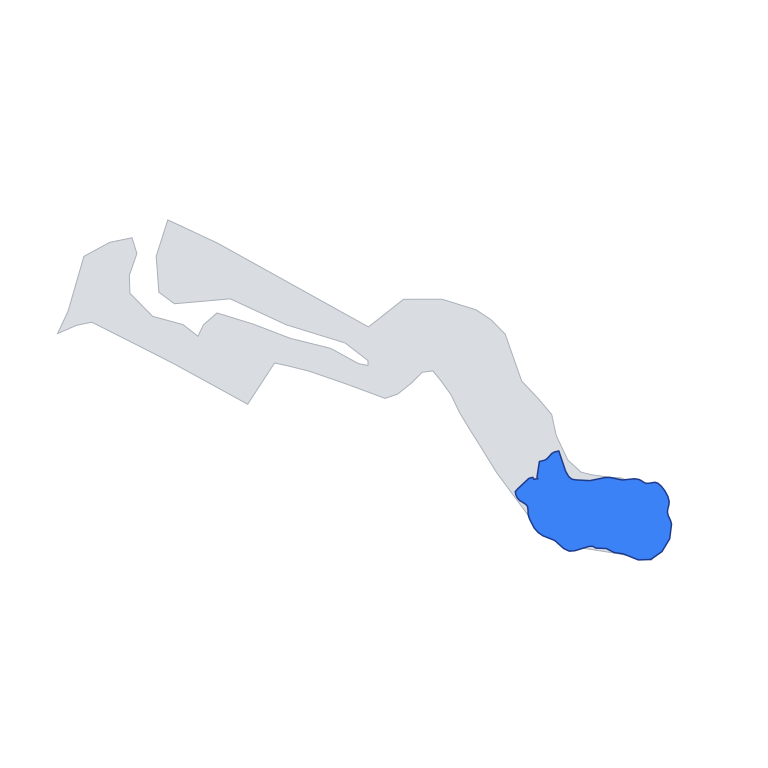 location of Upper River within Gambia, rotated 28°
{"feature_id": "GMB-2152", "entity_name": "Upper River", "entity_type": "Division", "adm_level": 1, "iso_a3": "GMB", "parent_name": "Gambia", "parent_adm1": "", "projection": "equal_earth", "projection_center": [-14.24, 13.404], "detail": "fine", "context": "in_parent", "style": "filled", "palette": "blue", "viewbox_px": 768, "rotation_deg": 28, "n_neighbors": 0, "source": "natural_earth", "source_scale": "10m", "svg_char_len": 1977}
<svg xmlns="http://www.w3.org/2000/svg" viewBox="0 0 768 768"><g transform="rotate(28 384 384)"><path d="M116.1,340.6L170.9,337.8L237.2,339.0L309.5,340.3L343.5,340.9L361.5,300.0L395.5,281.9L430.3,275.3L448.4,277.0L467.6,283.1L504.2,316.8L527.1,324.5L546.4,332.2L560.2,348.6L582.1,364.9L599.4,369.3L609.6,366.8L626.7,360.5L637.9,355.5L674.6,353.3L701.5,372.2L707.2,392.8L702.7,413.9L666.5,425.2L616.4,442.8L574.9,433.2L524.5,409.1L495.0,391.8L482.8,384.9L464.3,373.9L448.3,362.1L432.8,354.4L421.0,349.5L412.2,355.7L407.8,370.3L400.7,386.6L391.7,396.2L349.4,401.9L311.5,407.9L291.1,413.0L277.5,416.8L273.1,465.9L230.1,465.3L187.9,464.8L144.1,465.6L97.0,466.6L84.9,476.6L72.1,492.7L70.9,468.2L59.1,412.2L75.3,387.7L92.8,373.2L104.6,384.8L108.1,407.6L117.1,423.2L148.0,432.9L178.6,425.9L197.3,429.2L196.8,416.5L203.2,399.7L240.4,392.5L279.7,387.7L320.1,377.6L351.7,378.0L361.2,375.2L358.9,370.9L330.5,366.0L269.9,377.6L208.2,381.0L161.3,411.5L142.2,408.7L122.9,378.2L116.1,340.6Z" fill="#d9dde1" stroke="#a8b0b8" stroke-width="1"/><path d="M569.8,361.1L585.5,375.9L590.7,379.1L594.7,379.8L598.4,378.6L611.1,372.7L623.1,362.8L627.2,360.5L639.6,356.8L649.6,350.1L654.0,348.6L656.3,348.5L660.1,348.9L662.4,348.5L664.9,347.0L669.3,343.6L672.2,343.0L676.7,344.0L682.2,346.5L687.4,350.0L691.0,353.9L692.1,356.4L693.5,361.9L694.6,364.4L695.1,364.9L696.6,366.6L701.5,370.4L703.7,372.8L708.9,386.5L708.1,401.4L701.9,413.7L691.2,419.9L674.9,421.7L666.2,424.8L657.5,424.9L648.2,429.4L644.5,429.3L641.2,431.2L630.9,441.5L626.1,444.6L619.9,444.9L608.1,442.0L595.8,443.4L590.0,442.8L584.3,440.7L576.5,435.3L574.2,433.3L572.1,430.9L570.5,427.9L568.1,424.6L565.2,423.6L558.4,423.2L555.2,422.0L552.4,419.9L550.4,417.4L551.3,413.7L556.1,399.6L557.6,397.9L559.2,396.6L560.1,397.1L561.0,397.8L564.1,395.4L562.8,394.4L557.6,379.5L561.4,376.1L562.3,374.9L563.1,373.0L564.2,369.1L564.6,366.9L565.7,365.1L566.5,363.9L569.8,361.1L569.8,361.1Z" fill="#3b82f6" stroke="#1e3a8a" stroke-width="1.5"/></g></svg>